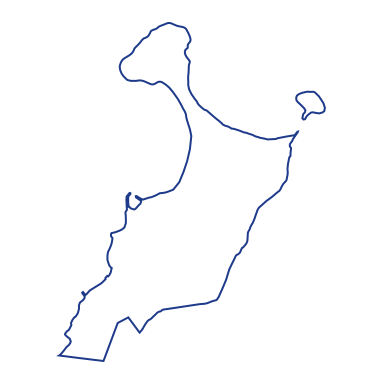 Seltjarnarnesbær, Reykjavík, Iceland (Mercator projection), rotated 90°
{"feature_id": "244011B41148599816454", "entity_name": "Seltjarnarnesbær", "entity_type": "district", "adm_level": 2, "iso_a3": "ISL", "parent_name": "Iceland", "parent_adm1": "Reykjavík", "projection": "mercator", "projection_center": [-22.008, 64.155], "detail": "fine", "context": "isolated", "style": "outline", "palette": "blue", "viewbox_px": 384, "rotation_deg": 90, "n_neighbors": 0, "source": "geoboundaries", "source_scale": "gbopen_adm2", "svg_char_len": 5301}
<svg xmlns="http://www.w3.org/2000/svg" viewBox="0 0 384 384"><g transform="rotate(90 192 192)"><path d="M332.6,244.4L330.7,242.7L328.3,241.0L326.7,240.2L323.5,238.2L320.9,236.3L319.8,234.9L319.4,233.9L318.8,233.0L312.6,226.6L311.7,225.0L311.3,223.2L310.4,222.3L309.9,221.6L309.5,220.3L308.6,213.9L307.3,205.3L304.1,184.0L303.9,180.8L303.6,178.5L303.2,176.8L301.2,171.7L300.1,167.7L299.3,166.8L296.7,165.2L293.3,163.7L289.1,161.8L285.3,160.2L279.8,157.9L273.2,155.9L269.1,154.6L263.9,152.1L259.3,149.8L256.2,148.4L255.4,147.9L254.7,146.9L254.4,146.1L253.3,144.7L252.6,144.1L250.5,143.1L248.7,142.4L248.1,142.1L247.4,141.0L245.7,139.4L243.4,137.6L242.3,137.1L240.7,136.6L234.6,136.2L234.0,136.2L232.9,136.1L231.5,135.6L230.5,135.0L229.8,134.6L229.1,134.3L228.0,133.9L226.5,133.4L225.6,132.9L223.9,131.9L223.0,131.3L219.0,129.6L215.7,128.5L209.8,126.4L207.7,125.1L200.9,117.5L196.9,112.0L192.2,106.5L191.0,104.8L190.3,104.2L189.4,103.6L187.0,102.5L185.5,101.7L183.6,100.5L182.1,99.1L181.1,98.1L180.2,97.6L178.3,97.1L175.5,96.6L173.7,96.3L171.8,96.3L171.6,96.3L168.9,96.5L164.4,96.1L159.3,95.1L157.1,94.6L156.7,94.1L156.3,93.7L155.3,93.5L153.9,93.5L152.0,93.4L149.1,93.0L148.7,93.0L147.9,93.0L147.7,93.1L147.0,93.8L146.5,94.1L145.4,94.2L144.2,94.1L143.5,93.7L142.5,93.0L141.9,92.5L141.2,91.9L139.0,91.0L132.2,86.3L131.6,86.1L131.7,86.5L135.3,89.4L135.6,92.1L136.7,98.5L138.2,106.2L139.0,108.4L139.1,110.1L139.2,112.8L139.4,115.5L139.4,116.5L138.8,118.8L138.7,119.1L137.7,124.4L137.3,125.1L136.6,127.8L135.9,129.6L134.9,131.4L133.5,135.9L132.8,137.5L132.4,140.1L131.3,142.7L130.3,145.5L129.6,147.7L129.3,148.6L128.8,150.1L128.7,151.9L128.5,152.6L128.0,153.3L127.2,154.7L126.6,155.7L125.8,158.7L124.4,161.4L123.4,162.1L122.4,163.3L121.0,164.9L120.9,165.0L117.9,168.8L113.3,174.1L110.5,177.3L110.0,178.6L109.7,179.7L107.6,182.3L105.2,184.9L103.2,186.5L102.1,186.7L98.8,189.3L95.6,191.5L94.0,192.6L89.3,194.9L84.9,195.8L82.5,195.7L77.5,195.9L71.6,195.4L65.0,195.1L63.2,194.5L62.8,194.4L61.5,194.2L60.6,194.6L59.5,195.5L57.9,196.7L57.2,197.3L55.0,198.5L53.2,199.1L51.6,199.1L50.1,198.7L49.4,198.1L48.7,197.3L48.0,196.4L47.2,196.2L46.3,196.3L44.7,196.1L44.2,195.8L43.4,195.4L41.7,193.9L40.4,193.5L39.2,193.5L37.0,194.0L33.2,195.6L29.0,197.9L27.8,199.3L27.1,200.9L26.6,203.4L26.0,206.4L25.2,208.5L23.7,212.0L23.1,213.5L23.0,215.8L23.3,216.9L26.1,224.0L26.8,225.3L28.2,226.9L28.5,227.3L28.6,227.5L29.3,229.0L30.0,231.3L30.9,232.8L31.7,233.4L33.3,234.1L35.4,235.3L36.7,236.5L37.6,238.1L38.4,240.1L39.0,240.9L40.3,242.2L42.9,244.2L44.6,245.7L46.2,247.3L47.3,248.5L48.6,249.6L50.4,250.3L51.9,251.1L53.2,252.1L54.3,253.3L55.7,255.3L58.0,259.1L59.2,260.8L60.4,261.9L61.9,262.8L63.5,263.5L65.8,264.2L67.8,264.2L69.6,263.9L70.9,263.5L73.3,262.5L75.7,260.9L75.8,260.8L76.2,260.5L78.7,258.1L79.9,256.8L80.4,255.1L80.9,253.0L80.9,250.3L80.9,248.5L80.4,244.4L80.6,242.1L81.3,239.8L81.6,239.1L84.2,233.2L84.4,231.4L84.3,230.4L84.2,230.0L83.7,229.0L81.9,225.8L81.7,224.5L81.9,222.7L82.8,221.0L84.9,217.9L87.7,214.7L92.1,211.0L98.9,206.2L100.8,205.1L105.4,202.5L108.3,201.1L109.2,200.6L110.8,199.6L112.9,198.6L114.5,198.1L117.4,197.7L120.5,196.9L129.6,194.0L132.6,193.4L136.1,192.7L149.2,194.1L161.3,196.9L171.9,200.5L182.1,204.7L188.5,209.8L189.7,210.8L190.5,212.9L191.4,215.2L192.3,217.8L192.9,220.7L193.2,224.1L194.6,226.7L195.8,229.1L197.2,232.7L197.6,234.9L198.7,238.3L199.5,240.7L199.6,240.9L199.3,241.7L198.5,243.6L196.1,247.4L196.2,248.2L196.6,248.2L197.4,248.0L200.9,242.9L202.4,243.1L203.8,243.7L205.1,245.2L208.1,247.8L209.4,249.4L209.4,250.1L208.5,252.9L207.9,253.8L206.9,254.6L206.8,255.4L202.3,255.8L197.0,255.8L196.4,255.6L194.0,253.6L193.1,253.6L192.9,253.9L193.2,254.7L196.6,257.4L199.3,257.6L209.9,257.1L211.4,258.1L212.6,258.6L214.8,258.3L217.7,258.2L221.2,258.1L223.4,258.2L227.6,259.7L229.7,262.4L230.8,264.8L232.3,268.9L233.1,272.5L234.3,273.0L236.3,272.9L237.6,271.9L238.3,271.5L242.1,272.1L244.8,272.8L248.8,274.4L251.8,275.9L254.8,276.5L259.5,276.6L262.5,275.8L265.4,274.7L267.7,273.0L268.0,272.3L272.5,273.3L275.4,274.9L276.4,275.9L276.3,276.0L276.0,276.3L275.9,276.8L278.0,278.6L278.4,278.6L279.1,278.4L280.2,279.5L282.1,281.4L283.4,282.8L284.2,284.1L287.1,288.8L289.2,292.2L290.5,294.2L293.4,296.8L293.6,296.9L295.0,298.5L292.0,301.0L292.8,301.9L296.2,299.5L296.5,299.3L298.2,299.5L299.2,300.3L299.9,300.8L300.8,301.8L302.3,303.8L302.9,304.2L304.1,304.6L305.6,305.1L307.0,305.0L307.3,305.0L308.6,305.0L311.6,305.7L313.6,306.4L315.0,307.3L316.4,308.2L316.9,308.7L317.1,309.4L317.9,310.1L319.9,311.5L321.7,312.4L322.6,312.8L323.6,313.0L324.3,312.7L325.1,312.7L326.0,313.0L327.3,313.8L328.5,314.3L330.3,315.5L330.7,316.3L330.9,316.7L333.4,318.7L334.1,319.0L334.6,318.9L336.1,317.6L337.7,315.6L338.9,314.1L339.5,313.9L340.2,313.8L340.8,313.4L341.5,313.3L342.5,313.5L344.8,314.9L346.3,316.6L347.2,317.6L349.6,319.4L353.0,322.1L355.0,324.1L355.5,324.9L357.9,305.9L361.0,280.5L323.0,266.3L317.4,255.7L332.6,244.4ZM116.4,77.4L114.6,75.7L112.6,73.0L112.3,71.1L113.0,67.7L113.4,64.8L112.5,61.6L111.1,59.7L107.8,59.1L103.1,60.6L96.4,65.0L92.3,69.2L91.8,70.6L91.9,72.6L91.7,76.9L92.8,81.7L94.1,85.1L95.7,87.1L97.8,87.8L100.1,87.6L102.0,86.3L103.9,84.2L108.3,79.8L110.0,78.8L110.3,78.6L112.1,79.0L114.4,80.9L118.3,81.6L119.5,80.5L119.2,79.0L116.4,77.4Z" fill="none" stroke="#1e3a8a" stroke-width="2"/></g></svg>